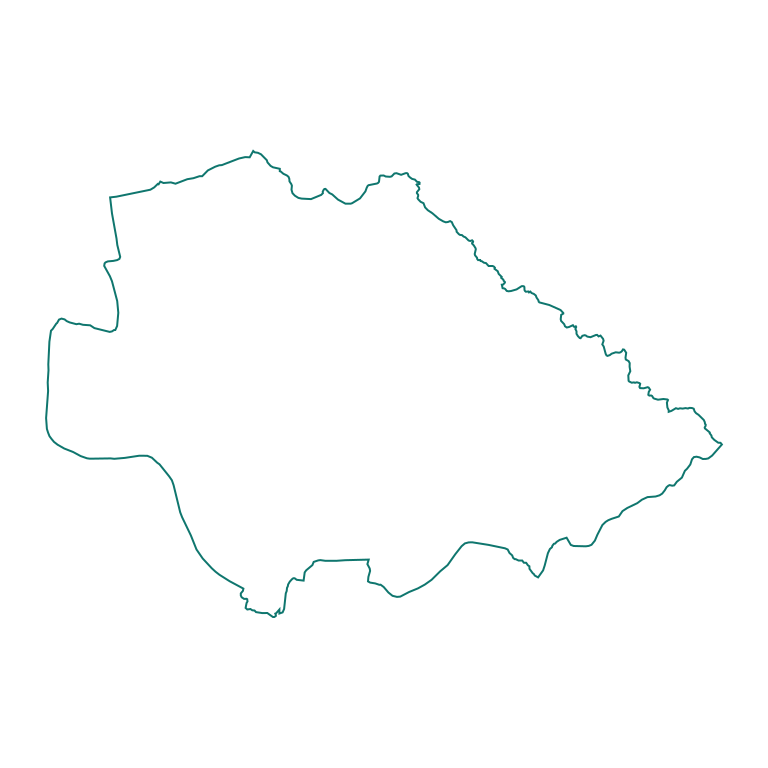 outline of Ziro, Ziro, Burkina Faso
{"feature_id": "67063806B63771125198412", "entity_name": "Ziro", "entity_type": "district", "adm_level": 2, "iso_a3": "BFA", "parent_name": "Burkina Faso", "parent_adm1": "Ziro", "projection": "orthographic", "projection_center": [-1.788, 11.64], "detail": "fine", "context": "isolated", "style": "outline", "palette": "teal", "viewbox_px": 768, "rotation_deg": 0, "n_neighbors": 0, "source": "geoboundaries", "source_scale": "gbopen_adm2", "svg_char_len": 6096}
<svg xmlns="http://www.w3.org/2000/svg" viewBox="0 0 768 768"><path d="M110.1,197.4L112.0,213.5L116.5,238.5L117.3,245.0L120.2,256.9L119.4,258.9L117.1,260.1L113.3,260.9L107.8,261.4L105.5,262.4L104.6,263.4L104.2,265.9L109.9,276.2L112.0,281.3L117.2,301.0L118.3,312.8L117.1,326.0L115.3,330.0L113.9,330.1L112.0,331.4L109.7,331.9L94.4,328.1L90.2,325.3L83.0,324.8L79.1,323.7L76.4,324.2L69.6,322.4L66.7,321.1L64.6,319.4L61.5,318.6L59.0,319.6L57.1,323.0L56.3,323.6L52.7,329.0L51.0,330.7L49.4,341.7L48.3,364.3L48.5,370.2L47.7,382.5L48.1,391.0L46.1,418.1L46.9,428.9L48.1,432.7L49.5,436.2L51.5,438.9L54.0,441.9L57.6,444.7L64.2,448.5L73.1,452.0L80.7,456.1L87.0,458.3L89.9,458.7L110.6,458.4L114.2,458.8L124.8,457.9L139.4,455.7L147.3,455.8L151.9,457.7L157.2,462.7L159.5,464.3L169.2,476.4L171.9,480.3L173.6,485.2L180.2,512.3L182.1,517.2L190.9,535.5L196.5,549.5L202.7,558.5L211.7,568.2L215.5,571.7L219.5,574.8L229.6,581.2L243.4,588.6L242.9,590.9L240.8,593.4L240.8,595.5L241.7,597.3L244.1,598.9L246.6,598.8L247.2,599.2L247.5,601.5L246.6,602.9L245.6,607.9L247.3,609.5L250.4,609.0L252.3,610.3L254.5,610.5L256.0,612.1L262.4,613.1L267.3,613.0L272.9,617.0L274.3,617.0L275.8,616.0L275.9,615.1L275.3,613.6L276.2,613.2L279.4,609.5L279.4,613.5L282.6,612.4L284.1,609.0L285.8,593.3L286.7,591.0L287.0,587.9L287.8,586.3L288.1,584.5L289.8,581.6L292.0,579.2L293.2,578.3L293.9,578.2L294.7,578.3L296.7,579.8L303.6,580.6L304.7,572.4L306.2,570.3L312.4,565.1L313.7,561.9L318.2,560.4L320.3,560.1L325.3,560.8L336.5,560.8L345.3,560.2L368.7,559.6L367.4,564.1L369.7,568.5L370.1,570.9L368.4,576.9L368.0,581.4L370.2,582.6L375.2,583.4L379.3,584.8L380.6,584.7L383.7,587.0L388.4,592.5L392.5,595.8L397.0,596.9L400.3,596.6L409.1,592.0L417.9,588.4L424.8,584.6L431.6,579.8L440.2,571.3L447.6,565.1L455.3,554.2L461.6,546.2L464.9,543.4L468.7,542.4L472.2,542.3L488.6,544.9L505.0,548.3L507.7,549.5L509.5,553.0L512.2,555.4L513.1,557.8L514.6,559.1L515.6,559.1L518.5,560.5L522.2,560.5L523.8,562.7L526.2,562.8L527.9,565.3L529.4,566.3L529.5,568.8L532.7,573.2L533.9,574.1L534.7,575.5L538.1,577.4L543.1,570.4L544.7,565.5L547.9,553.2L549.9,549.0L551.9,547.3L552.4,545.7L553.9,543.8L555.2,543.5L556.6,541.9L559.7,539.9L566.6,537.7L570.8,544.9L573.7,546.0L585.8,546.3L588.8,545.9L591.5,544.8L594.9,540.6L597.4,534.7L602.4,525.0L605.6,521.9L608.3,520.2L611.7,518.8L618.8,516.5L622.5,511.1L627.4,507.9L637.2,503.2L641.9,499.7L647.5,497.1L655.6,496.5L659.6,495.3L662.2,493.6L664.8,490.3L666.6,487.2L668.5,485.6L669.7,485.1L672.2,485.7L674.2,485.4L676.8,481.8L681.9,477.6L684.9,470.8L687.1,468.7L690.3,464.5L692.0,459.3L693.9,457.1L696.5,456.7L699.6,457.4L702.8,459.0L705.9,458.9L708.3,458.4L712.1,455.6L721.9,444.5L720.5,442.8L718.2,442.7L714.3,439.9L711.8,437.3L711.4,435.5L709.7,433.3L709.8,432.5L704.9,428.4L704.7,427.4L705.6,425.9L705.7,424.6L705.0,423.8L704.8,422.2L703.8,420.0L698.5,414.8L696.1,413.2L694.6,411.4L693.7,408.7L691.9,408.0L689.3,407.9L688.0,408.5L685.5,408.1L682.7,408.6L680.0,408.3L678.1,408.9L675.9,408.2L671.4,410.9L668.7,411.8L668.7,410.2L667.4,407.5L666.9,402.6L668.0,400.0L667.5,399.5L663.4,399.0L658.0,399.7L654.2,398.6L653.4,398.1L652.1,396.0L651.2,395.5L649.3,395.6L648.3,394.8L648.8,391.8L650.1,389.7L648.7,387.6L647.7,387.2L643.7,388.3L640.1,388.1L639.4,386.9L640.2,383.8L639.5,383.1L636.9,382.3L635.0,382.8L634.0,382.4L631.7,382.7L629.2,381.5L628.6,380.8L628.3,375.4L630.3,371.2L629.6,366.7L629.7,363.1L628.6,361.1L625.8,359.5L625.5,357.7L626.2,352.8L624.2,349.7L623.0,349.4L621.8,351.3L620.5,352.3L619.1,352.7L615.7,352.3L611.6,353.7L609.8,355.1L607.5,355.9L606.5,355.4L605.7,353.9L603.7,346.5L602.3,344.4L603.6,340.8L603.1,338.9L600.5,335.6L598.6,336.4L597.1,334.9L595.9,335.0L590.5,337.2L587.3,336.6L585.8,335.5L584.6,335.2L582.4,335.8L580.6,338.2L579.7,338.0L577.9,336.1L576.5,333.8L576.5,331.3L575.4,329.0L576.2,327.0L575.8,326.3L574.6,326.9L573.8,326.6L572.9,325.2L569.0,327.0L566.8,327.5L565.0,326.3L564.2,324.2L561.1,320.9L560.7,319.2L561.2,314.8L563.3,313.6L563.3,313.0L560.5,310.0L549.3,305.0L539.4,302.4L538.7,301.7L538.4,300.3L536.5,297.5L535.8,295.5L533.8,293.9L531.5,293.0L530.4,291.6L529.0,292.4L528.5,291.5L525.8,291.7L525.0,291.0L524.5,290.0L524.4,287.1L524.1,286.5L523.0,286.1L521.6,286.2L516.6,289.4L511.1,291.0L508.5,291.3L506.7,290.9L505.3,289.1L504.4,288.5L502.6,288.2L501.8,284.7L503.2,284.5L504.9,282.6L504.9,282.0L503.7,280.8L503.3,279.6L501.2,277.8L501.7,276.9L498.7,273.9L497.7,271.2L494.5,268.8L494.9,267.7L493.9,266.6L492.6,266.0L488.6,266.0L486.0,263.1L483.9,262.7L481.8,261.2L480.6,261.0L480.2,260.0L478.1,260.1L477.2,259.0L477.0,257.7L475.1,255.4L474.7,254.0L475.8,249.3L475.6,248.3L473.8,245.4L472.1,243.6L472.1,242.9L472.9,242.3L473.1,241.4L472.1,240.3L470.2,241.0L468.6,240.5L465.4,237.3L463.5,236.5L462.0,235.1L460.0,234.9L458.9,234.2L456.6,231.7L456.5,230.2L453.2,225.3L451.8,222.1L450.1,221.1L447.9,222.0L445.8,222.3L443.3,221.4L438.8,218.8L432.3,213.2L427.8,210.2L425.1,207.4L423.5,203.2L420.6,201.8L418.2,199.3L417.5,198.1L418.2,195.9L418.1,194.7L416.9,193.2L416.9,192.2L419.3,189.2L419.0,187.6L416.6,184.6L417.0,184.2L419.5,184.0L419.6,182.6L419.2,182.2L417.0,181.8L414.9,179.6L412.1,178.9L410.0,177.4L408.5,176.0L407.8,173.7L406.9,173.1L405.5,173.2L401.1,174.8L396.5,173.2L394.4,173.5L391.6,176.4L389.9,176.8L385.7,176.5L383.7,175.5L380.4,175.6L379.6,176.5L379.0,181.8L378.1,182.9L377.0,183.5L368.5,185.2L367.6,186.0L366.7,187.8L365.4,191.4L360.0,198.4L352.1,203.2L350.6,203.7L345.5,203.7L338.0,199.6L332.2,194.4L329.4,193.0L325.5,188.9L324.4,189.0L323.6,189.9L322.7,191.8L322.9,193.2L321.2,194.9L311.0,199.1L301.6,198.6L298.4,197.9L294.9,195.7L292.5,193.2L291.5,189.7L291.9,185.7L291.3,184.1L289.5,181.4L289.3,178.8L288.5,176.8L286.8,175.4L283.4,173.8L280.6,171.4L279.8,171.2L279.8,168.8L273.0,167.3L270.6,165.9L267.5,162.4L266.8,160.2L261.0,154.3L257.9,152.8L254.6,152.3L253.2,151.0L249.7,157.3L245.2,157.1L239.0,158.5L221.8,165.1L219.2,165.3L215.2,166.7L207.9,170.4L202.2,176.2L199.5,176.2L193.4,178.2L187.3,179.2L175.5,183.7L170.9,182.4L163.5,183.0L160.3,181.6L158.6,184.3L157.8,183.9L154.2,187.4L150.4,189.7L116.3,196.7L110.1,197.4Z" fill="none" stroke="#0f766e" stroke-width="2"/></svg>